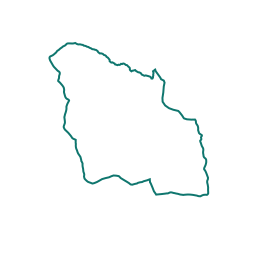 Uesu, Ha, Bhutan, rotated 199°
{"feature_id": "84629894B5196630315403", "entity_name": "Uesu", "entity_type": "district", "adm_level": 2, "iso_a3": "BTN", "parent_name": "Bhutan", "parent_adm1": "Ha", "projection": "mercator", "projection_center": [89.324, 27.345], "detail": "fine", "context": "isolated", "style": "outline", "palette": "teal", "viewbox_px": 256, "rotation_deg": 199, "n_neighbors": 0, "source": "geoboundaries", "source_scale": "gbopen_adm2", "svg_char_len": 4842}
<svg xmlns="http://www.w3.org/2000/svg" viewBox="0 0 256 256"><g transform="rotate(199 128 128)"><path d="M31.4,90.7L31.1,91.2L30.9,92.1L31.0,92.6L31.4,93.7L31.9,94.9L32.4,96.3L32.8,97.7L33.6,99.3L34.2,100.4L35.3,102.1L35.7,103.1L35.9,104.0L35.8,105.5L36.0,106.4L36.2,107.1L36.8,107.8L38.9,110.4L40.3,112.0L41.4,113.0L42.4,113.6L42.7,114.0L42.9,114.9L42.8,116.1L42.6,118.2L42.7,119.9L42.9,121.2L43.3,122.3L43.7,123.3L44.3,124.0L44.7,124.3L46.0,124.8L46.8,125.3L47.4,126.0L47.8,126.9L48.3,127.8L48.9,128.9L49.3,130.2L49.5,131.3L49.9,132.5L50.4,133.3L51.2,134.0L52.5,135.2L53.6,136.7L54.5,137.9L55.2,138.6L55.6,139.6L55.2,140.4L55.0,141.1L55.3,141.9L55.9,142.8L55.9,143.5L55.6,144.6L55.8,145.2L56.7,145.5L58.0,145.8L59.0,146.2L59.5,146.7L59.9,147.4L60.3,147.9L60.7,148.3L61.1,149.1L61.4,150.2L61.8,151.2L62.6,152.5L63.0,152.9L63.6,153.4L64.3,153.9L64.9,154.4L65.4,155.0L65.7,155.7L65.9,156.2L66.2,156.8L66.7,157.3L67.4,157.8L70.6,156.6L75.1,155.4L78.0,155.3L78.5,155.5L81.0,157.5L84.4,159.7L86.0,160.5L91.2,160.0L95.7,160.1L100.2,161.4L103.8,164.1L105.2,167.6L106.2,173.1L107.7,178.9L108.2,182.8L109.6,184.5L112.6,184.9L113.9,186.2L120.4,190.8L121.3,192.1L121.8,191.6L121.8,190.8L122.8,189.8L122.3,189.0L121.8,188.5L121.7,187.7L121.6,186.8L121.2,186.0L121.1,184.8L120.8,183.8L120.9,183.2L121.0,182.7L121.9,182.4L122.5,183.0L123.1,183.5L123.9,183.7L124.9,183.7L125.6,183.7L126.8,183.6L128.3,183.5L129.6,182.7L131.1,182.9L132.4,183.0L133.5,183.9L134.3,184.1L135.2,184.3L136.4,184.0L138.0,184.3L138.9,184.5L140.1,185.1L140.7,184.7L141.5,184.1L142.0,183.8L142.5,183.6L143.2,182.7L143.7,182.9L144.5,183.2L145.2,183.7L145.8,185.2L146.2,185.6L147.2,186.0L148.0,186.3L148.8,186.8L149.5,187.1L150.7,186.9L151.4,187.2L152.2,187.5L152.9,187.5L153.6,187.4L154.3,186.6L155.5,186.4L155.7,185.8L156.4,185.0L157.0,184.8L157.5,184.8L158.4,184.0L160.2,184.0L160.9,183.9L161.7,184.6L162.7,184.7L164.0,185.0L165.1,184.4L166.0,184.7L167.1,185.2L167.6,186.5L169.8,187.9L170.5,188.1L171.5,188.3L172.0,188.8L172.5,189.1L173.4,189.3L174.4,189.2L176.1,189.9L177.9,189.8L178.8,189.3L180.7,189.9L181.9,190.9L183.7,191.4L184.9,191.2L185.7,191.3L186.6,191.1L187.5,190.9L188.9,191.3L189.9,191.3L190.8,191.4L191.8,191.7L192.5,191.6L193.2,191.5L194.0,191.7L195.5,191.7L196.7,191.5L197.8,191.9L198.4,191.7L199.4,191.6L200.6,191.5L202.3,190.8L203.7,190.8L205.6,191.2L206.0,190.9L207.3,190.1L208.3,189.7L210.4,189.1L212.2,188.5L212.7,188.2L213.3,187.7L213.6,187.1L213.9,186.4L214.2,185.8L214.7,185.2L215.6,184.3L216.1,183.8L216.7,182.7L217.9,181.1L218.4,180.2L218.8,179.4L219.4,178.6L219.8,178.2L220.2,177.4L220.4,176.5L220.6,175.9L221.1,175.1L221.7,174.0L222.8,172.3L223.8,171.3L224.7,170.5L225.1,169.7L225.1,168.8L224.9,168.3L224.6,167.8L223.6,166.5L222.7,165.7L218.9,162.4L217.9,161.7L213.1,159.2L212.0,159.0L211.2,158.6L210.7,158.3L210.4,157.7L210.2,157.2L210.1,156.7L210.1,155.2L210.0,154.4L209.5,152.9L209.5,150.3L209.2,149.6L207.2,148.8L203.8,146.8L202.0,145.4L201.7,144.9L201.2,144.1L200.8,143.3L200.6,142.7L200.4,141.6L199.9,140.5L199.3,139.7L198.9,139.1L198.0,137.8L197.2,136.8L196.3,136.1L195.4,135.7L194.6,135.6L193.4,135.4L192.7,134.9L192.7,134.0L192.9,133.1L193.1,131.7L193.2,130.8L193.2,128.6L193.1,127.8L192.8,127.2L192.4,126.0L192.2,124.9L192.1,123.9L192.0,122.4L192.0,121.1L192.0,120.4L191.9,119.4L191.8,118.9L191.8,118.3L191.7,117.5L191.1,116.3L190.1,114.3L189.5,112.9L189.3,112.1L189.3,111.2L189.3,108.7L189.1,108.0L188.8,107.5L188.3,107.0L187.9,106.6L187.2,106.0L186.6,105.7L185.5,105.2L182.9,104.0L180.4,102.5L179.3,101.8L178.5,101.2L177.9,100.7L177.5,100.4L176.6,100.1L176.0,100.0L174.4,99.9L173.6,99.8L173.0,98.0L172.6,96.8L172.1,96.0L171.8,94.8L171.6,94.3L171.3,93.5L170.9,92.7L170.2,91.6L168.9,90.2L168.4,89.5L167.8,88.7L166.9,87.7L164.5,85.9L163.7,85.3L163.1,84.5L161.8,82.5L161.4,81.6L160.9,81.2L159.8,80.1L159.3,79.4L159.2,78.9L158.8,77.8L158.4,76.9L157.9,76.0L157.5,75.4L157.0,74.5L156.7,73.8L156.3,72.9L155.9,72.1L154.9,70.9L154.5,70.3L154.2,69.7L154.1,69.2L153.9,68.5L153.8,67.8L153.1,66.7L152.6,66.0L151.6,65.4L149.9,64.6L148.5,64.1L147.2,64.0L145.5,64.0L143.6,63.9L142.4,64.6L141.4,65.4L139.7,66.9L138.0,68.8L135.8,71.3L132.8,73.4L129.9,75.2L128.0,77.0L126.2,78.4L123.6,79.1L121.1,79.5L119.7,78.9L118.6,78.3L115.0,77.5L111.2,76.7L109.1,76.2L107.5,75.6L107.0,75.5L105.5,75.8L103.4,77.3L101.4,78.5L100.7,79.4L98.9,80.6L97.1,81.5L95.8,82.8L93.0,84.7L90.7,86.6L90.2,85.4L89.4,83.7L88.6,83.2L87.2,81.6L85.4,79.6L83.3,77.1L82.9,76.6L80.8,75.1L79.7,74.2L78.0,75.0L75.1,76.3L72.4,77.6L70.0,78.8L69.1,79.1L68.7,79.4L67.9,80.2L67.2,80.8L66.5,81.1L65.7,81.3L63.9,81.4L62.6,81.6L61.3,81.7L59.4,82.0L57.0,82.1L55.1,82.5L54.0,82.7L53.2,83.1L51.2,84.0L49.7,84.6L47.5,85.3L44.8,85.9L42.8,86.2L40.9,86.5L39.4,86.5L38.4,86.7L37.3,87.0L36.3,88.1L35.5,88.8L34.9,89.3L33.6,89.9L32.5,90.3L31.9,90.4L31.4,90.7Z" fill="none" stroke="#0f766e" stroke-width="2"/></g></svg>